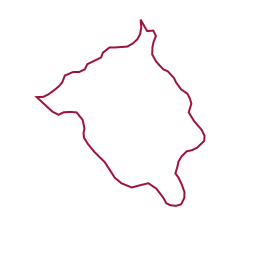 the district of Kalograia, Cyprus, rotated 64°
{"feature_id": "46923920B49066435072009", "entity_name": "Kalograia", "entity_type": "district", "adm_level": 2, "iso_a3": "CYP", "parent_name": "Cyprus", "parent_adm1": "", "projection": "mercator", "projection_center": [33.631, 35.338], "detail": "fine", "context": "isolated", "style": "outline", "palette": "rose", "viewbox_px": 256, "rotation_deg": 64, "n_neighbors": 0, "source": "geoboundaries", "source_scale": "gbopen_adm2", "svg_char_len": 1112}
<svg xmlns="http://www.w3.org/2000/svg" viewBox="0 0 256 256"><g transform="rotate(64 128 128)"><path d="M60.2,196.5L69.4,193.0L75.1,190.8L80.4,188.6L85.7,184.6L85.7,178.9L88.3,172.7L91.4,167.4L101.0,165.2L109.4,167.4L112.9,170.1L117.3,171.8L125.1,171.0L134.4,168.8L140.9,166.6L148.4,163.9L158.9,162.6L166.8,161.7L174.7,158.2L179.3,154.1L179.6,153.8L183.1,150.7L184.8,141.9L186.6,133.9L194.9,129.1L205.9,126.9L212.4,126.5L216.0,123.8L219.0,119.0L219.9,113.7L215.5,108.0L210.3,105.3L201.5,104.4L194.5,104.4L189.6,105.3L184.4,100.5L180.4,97.4L176.9,92.1L174.7,85.5L176.0,80.2L176.0,74.5L173.0,65.2L168.6,62.6L162.0,62.6L150.6,65.6L145.3,66.1L140.5,66.5L133.9,60.4L129.1,59.5L123.4,59.5L116.4,63.4L108.0,64.8L103.2,64.8L94.4,67.4L90.9,70.5L85.2,72.3L80.4,73.6L72.5,74.0L65.9,70.5L61.5,67.0L57.6,62.6L51.5,62.6L49.3,68.3L36.1,69.2L43.1,71.8L48.8,75.8L52.3,80.6L54.1,86.4L54.5,93.0L49.7,104.9L47.5,109.3L49.3,117.6L52.8,121.2L52.8,127.3L52.8,136.6L56.3,141.0L56.3,147.2L53.6,152.9L53.2,161.7L58.0,167.0L60.2,171.8L61.5,177.1L62.9,185.1L62.9,190.4L60.2,196.5Z" fill="none" stroke="#9f1239" stroke-width="2"/></g></svg>